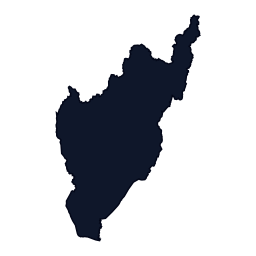 outline of Ta Veaeng, Rôtânôkiri, Cambodia
{"feature_id": "14789045B64125639781639", "entity_name": "Ta Veaeng", "entity_type": "district", "adm_level": 2, "iso_a3": "KHM", "parent_name": "Cambodia", "parent_adm1": "Rôtânôkiri", "projection": "natural_earth1", "projection_center": [107.276, 14.308], "detail": "fine", "context": "isolated", "style": "filled", "palette": "ink", "viewbox_px": 256, "rotation_deg": 0, "n_neighbors": 0, "source": "geoboundaries", "source_scale": "gbopen_adm2", "svg_char_len": 5676}
<svg xmlns="http://www.w3.org/2000/svg" viewBox="0 0 256 256"><path d="M144.8,179.6L146.0,178.3L146.4,176.9L148.1,174.5L147.8,173.5L148.1,172.8L149.4,172.3L150.4,170.6L149.3,168.8L151.8,165.6L153.6,166.0L154.0,165.8L154.7,164.4L154.6,163.8L155.2,163.3L155.1,162.0L156.3,159.7L156.7,157.8L157.2,156.7L158.2,156.8L158.3,156.5L158.2,155.9L158.8,154.8L159.0,152.4L161.7,149.2L159.8,145.2L160.4,143.3L161.8,141.8L162.1,140.7L162.1,139.0L161.9,138.1L162.0,136.6L161.7,136.0L161.6,134.8L161.1,134.2L161.4,130.7L161.0,129.8L160.0,129.3L159.6,128.4L159.0,128.1L159.0,126.8L157.5,125.6L157.4,122.9L157.7,122.0L159.5,120.6L160.3,117.7L161.8,116.5L162.4,113.6L161.9,111.6L162.8,112.0L163.5,111.8L166.9,107.7L168.3,106.4L169.5,106.4L169.8,106.1L169.7,105.1L170.2,104.2L170.1,102.9L170.7,102.1L169.9,101.9L171.3,100.0L172.2,95.4L172.6,95.5L173.0,96.6L174.4,97.1L174.6,98.8L174.9,99.1L176.7,99.4L178.4,98.3L179.0,99.2L180.1,99.8L181.5,99.3L182.0,98.7L182.4,96.7L182.1,95.8L182.5,94.9L182.2,92.3L183.1,90.7L183.9,90.7L184.3,90.2L184.3,89.3L185.4,86.4L185.5,85.3L186.3,83.8L185.3,82.5L185.2,81.5L185.9,80.1L186.4,75.8L187.4,74.5L187.3,72.5L188.4,72.0L188.3,70.8L187.9,70.9L187.5,70.5L186.6,68.9L187.7,68.1L188.8,68.1L189.7,66.4L190.2,66.1L190.7,64.0L190.4,63.0L190.8,62.3L191.3,62.1L191.2,61.4L191.9,60.5L191.6,58.8L192.9,57.7L192.3,56.7L192.8,55.9L192.8,55.0L192.3,54.3L191.1,53.6L191.3,53.0L190.5,52.0L190.7,51.7L190.6,50.2L190.9,49.9L190.3,47.7L189.1,46.4L189.3,45.9L190.4,45.4L190.4,44.3L190.7,44.1L191.1,42.5L192.2,42.7L192.7,42.2L193.3,42.4L194.5,41.2L194.6,40.7L195.9,39.9L196.1,38.7L195.9,37.2L197.2,36.6L197.7,36.8L198.7,35.9L199.8,35.3L199.2,34.4L199.6,33.6L199.3,31.8L198.4,30.2L197.7,29.9L197.8,27.1L197.3,26.5L197.0,24.9L197.0,24.4L197.7,24.7L198.5,24.4L198.6,22.1L197.7,21.2L197.3,19.2L197.6,18.6L198.0,18.6L198.9,17.1L199.0,16.7L198.7,16.4L197.1,16.2L196.0,16.8L194.5,15.8L194.4,15.4L193.9,15.4L192.9,16.4L192.3,17.6L191.2,17.8L191.3,18.5L190.7,19.7L191.0,23.4L190.7,24.3L190.1,24.8L189.5,27.7L187.1,28.9L186.5,30.5L185.5,30.4L185.1,30.7L184.9,31.4L184.1,32.1L184.7,32.6L184.3,33.8L183.5,34.1L182.8,35.5L182.2,35.6L180.9,34.7L179.3,34.6L177.1,35.6L176.6,36.7L176.1,36.9L175.6,37.8L175.7,39.0L175.1,39.8L176.7,42.8L176.4,44.5L175.5,44.9L174.5,44.5L173.1,45.7L172.7,46.5L173.6,46.9L174.3,48.8L173.6,52.0L173.9,52.8L173.5,53.7L173.6,54.4L173.0,56.0L171.8,56.8L172.2,58.0L171.4,59.1L172.2,60.8L173.0,60.8L173.3,61.6L171.8,63.1L169.9,63.6L169.1,64.3L166.7,63.2L165.4,63.2L164.0,61.7L162.0,60.6L161.5,60.7L158.7,58.8L158.3,59.7L157.9,59.4L156.3,60.4L155.9,59.2L155.2,59.1L154.5,59.5L153.6,59.5L153.3,59.2L153.4,58.5L152.6,58.7L152.4,58.1L151.7,57.7L151.6,57.0L150.3,55.1L150.8,53.6L150.6,51.9L149.6,51.4L149.3,50.8L148.8,50.9L149.0,50.1L148.4,49.4L147.4,49.1L147.1,48.5L146.1,48.5L145.6,48.2L145.3,47.5L144.6,47.2L144.6,46.4L141.6,44.4L139.0,45.8L138.2,45.2L134.2,45.5L133.2,46.3L132.4,47.6L131.7,47.5L131.3,48.0L131.9,49.5L131.5,50.5L130.5,50.4L130.1,50.7L130.1,52.6L130.8,54.1L130.2,54.9L129.9,57.2L128.5,59.3L127.8,59.6L127.5,58.8L125.7,58.5L124.7,58.9L124.8,60.1L124.4,60.2L124.4,61.3L123.6,63.0L123.6,63.9L122.8,64.9L123.1,65.7L122.9,68.4L123.4,68.7L123.5,69.5L123.2,71.4L124.0,72.3L124.1,73.6L123.6,73.9L123.1,74.9L121.8,75.8L121.3,76.5L120.0,76.7L118.9,77.7L117.3,76.9L116.8,75.7L114.9,76.6L114.4,76.1L114.0,74.9L111.6,74.7L111.2,75.0L111.0,75.4L111.3,76.2L110.7,76.5L110.3,77.7L109.5,78.3L109.5,79.7L108.7,81.4L108.8,85.8L107.9,87.4L107.9,88.3L107.1,88.4L106.9,89.9L105.1,89.9L104.1,90.9L103.3,91.0L103.3,93.5L102.8,94.2L101.6,94.8L100.6,96.2L99.4,96.6L99.0,94.6L97.0,94.3L95.7,96.8L94.8,96.4L93.0,96.3L92.4,99.3L91.0,99.1L90.9,99.4L90.0,99.9L90.1,100.8L89.6,101.7L87.1,102.8L86.6,102.6L85.8,101.5L84.5,102.7L83.7,102.6L82.7,103.2L81.8,102.4L81.6,101.8L81.1,102.0L81.1,102.5L80.1,102.2L79.6,100.6L79.1,99.9L78.7,98.6L79.0,98.2L78.4,97.7L78.1,96.6L78.9,94.4L78.5,93.7L78.6,93.1L77.4,92.7L76.4,91.9L75.0,89.2L72.5,89.2L71.1,87.4L69.5,86.4L68.6,87.1L68.5,87.9L69.3,89.6L69.5,91.8L70.8,93.2L70.5,94.4L70.7,96.1L69.5,96.3L68.5,97.0L68.0,96.8L68.1,97.2L67.2,98.7L66.1,99.6L64.7,100.0L64.7,101.0L63.7,101.7L63.0,101.7L62.7,103.3L62.7,104.3L61.2,105.3L60.0,109.0L59.4,109.3L58.0,114.1L56.5,112.8L56.9,116.5L56.6,118.1L57.0,121.3L56.8,123.3L56.2,124.9L56.4,127.1L56.9,128.3L56.6,129.4L56.6,131.4L56.2,132.0L56.7,133.1L56.8,135.9L58.1,137.9L59.8,138.8L61.0,140.1L60.2,142.1L61.1,144.9L61.7,153.5L64.0,156.3L65.2,158.4L66.2,158.8L67.0,160.3L67.1,160.8L65.5,163.7L65.9,163.9L65.8,165.1L66.7,166.8L66.9,169.1L67.7,169.6L67.4,170.3L67.5,171.0L68.0,171.0L69.0,171.9L69.0,173.2L69.7,173.8L71.1,173.4L71.7,173.8L72.5,173.8L72.4,175.5L73.4,175.4L74.5,176.8L74.0,177.0L74.2,179.1L73.6,179.1L73.4,179.7L72.8,179.7L72.7,180.6L72.0,181.9L73.2,182.9L73.3,183.7L73.8,183.9L73.9,184.2L75.2,184.5L75.6,185.5L75.3,186.5L76.2,187.7L76.2,188.5L75.0,189.6L74.1,191.6L72.6,190.9L71.5,191.4L70.7,193.4L66.5,201.0L66.6,203.5L66.1,205.9L68.5,210.3L69.0,212.3L70.1,214.0L70.8,216.5L72.8,220.8L75.5,225.2L77.4,233.3L78.0,234.8L78.7,235.7L80.6,236.7L81.7,236.5L83.0,236.8L84.5,236.5L87.9,236.9L95.7,239.8L99.6,240.6L100.3,239.2L99.6,239.0L99.6,238.4L98.7,238.7L98.1,237.8L98.8,236.9L98.5,236.2L99.1,235.8L98.7,234.0L99.4,232.9L99.1,231.3L99.5,230.4L99.5,229.1L100.0,228.4L100.0,227.5L100.3,227.4L100.9,227.9L101.2,227.3L101.0,226.8L101.5,226.5L101.0,225.9L101.1,224.0L100.5,223.8L100.4,222.9L99.8,222.9L100.9,220.5L100.7,220.3L100.3,220.7L99.7,220.6L99.7,220.4L100.5,220.1L100.2,219.1L105.5,218.3L112.2,211.7L117.8,205.5L119.1,203.7L120.6,200.5L121.5,199.9L121.8,198.9L124.2,196.3L128.4,189.1L133.4,182.1L139.0,178.9L140.1,179.6L141.9,179.9L144.8,179.6Z" fill="#0f172a" stroke="#020617" stroke-width="1.5"/></svg>